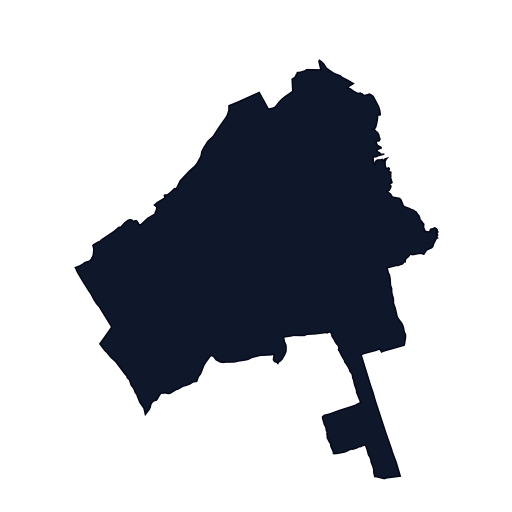 outline of Cretesti, Vaslui, Romania, rotated 8°
{"feature_id": "2599482B47452511342695", "entity_name": "Cretesti", "entity_type": "district", "adm_level": 2, "iso_a3": "ROU", "parent_name": "Romania", "parent_adm1": "Vaslui", "projection": "orthographic", "projection_center": [28.003, 46.636], "detail": "fine", "context": "isolated", "style": "filled", "palette": "ink", "viewbox_px": 512, "rotation_deg": 8, "n_neighbors": 0, "source": "geoboundaries", "source_scale": "gbopen_adm2", "svg_char_len": 6099}
<svg xmlns="http://www.w3.org/2000/svg" viewBox="0 0 512 512"><g transform="rotate(8 256 256)"><path d="M292.4,359.3L292.6,359.4L293.0,358.0L295.0,356.2L296.0,354.7L297.9,350.2L298.9,346.6L298.9,345.2L298.3,341.2L298.0,340.1L295.9,336.6L294.9,333.5L294.8,332.3L302.1,330.2L303.6,329.5L315.1,327.9L316.8,326.7L318.4,326.2L324.8,325.0L336.5,321.9L337.1,322.3L339.5,320.7L340.4,321.2L341.0,321.7L341.9,323.1L342.4,324.8L344.8,327.5L346.4,329.9L348.2,331.9L349.6,332.9L351.0,335.2L350.7,337.4L352.1,338.9L354.5,342.5L357.9,346.7L358.9,349.0L360.4,349.9L360.4,350.3L363.9,354.5L364.9,356.8L367.0,358.9L367.9,360.2L369.0,363.8L369.6,364.5L371.6,369.9L374.2,374.8L374.6,377.0L380.1,386.4L374.5,390.4L360.0,397.4L350.8,402.3L345.7,404.3L344.3,406.1L344.6,407.6L347.1,413.2L348.1,414.5L349.4,416.8L350.0,419.2L350.8,420.1L351.1,420.8L350.9,422.2L351.3,423.4L351.6,423.9L351.9,426.2L354.9,430.4L355.8,431.2L356.8,434.3L359.7,438.9L360.1,440.5L360.4,440.9L360.7,440.9L363.8,440.2L370.7,437.9L372.8,436.8L374.9,435.2L377.4,433.9L378.9,433.8L383.0,431.7L385.1,430.2L385.7,430.4L389.4,428.1L390.3,428.1L391.1,428.8L392.7,431.5L395.0,437.1L397.4,440.1L398.0,441.5L398.8,444.2L400.7,447.5L402.3,451.0L402.8,454.1L404.3,457.9L406.0,457.8L414.0,458.6L416.6,457.4L416.5,456.9L417.5,457.2L418.9,456.8L429.5,453.9L423.3,440.4L418.1,430.9L417.3,428.9L409.3,413.4L394.1,382.4L391.3,375.9L387.5,368.4L373.8,339.2L376.7,337.4L387.1,333.1L391.6,330.8L393.7,333.6L395.4,332.5L400.5,330.2L415.0,323.8L415.4,322.2L415.2,320.4L415.4,318.9L415.4,315.7L415.1,313.6L414.6,312.2L413.7,311.5L411.9,306.2L410.6,303.7L409.6,302.3L405.5,298.2L404.3,296.6L401.1,288.2L398.6,283.5L398.4,281.2L397.5,277.8L396.9,276.8L395.5,273.3L394.8,269.2L393.3,266.4L392.0,260.0L390.8,256.2L389.7,254.9L387.2,249.1L388.4,249.1L396.3,245.8L398.1,245.6L399.4,244.7L401.9,243.6L402.5,243.0L402.1,242.7L402.2,242.4L403.2,241.4L404.5,241.1L404.4,238.8L405.7,236.7L407.0,235.4L408.5,232.7L409.3,232.5L410.3,232.9L411.7,232.7L416.7,230.9L419.5,230.4L421.9,230.9L424.2,226.2L428.8,223.4L429.4,222.6L429.9,221.4L430.1,219.5L431.9,214.2L432.4,213.1L433.3,212.8L432.0,211.1L433.0,209.9L432.2,208.8L431.5,209.2L431.1,209.0L431.3,208.6L432.6,207.4L432.8,206.8L432.2,206.3L431.8,206.6L431.1,206.4L431.0,206.0L431.7,205.3L431.8,204.8L430.8,203.9L429.2,203.2L428.7,203.3L427.5,204.5L425.6,204.9L424.9,206.1L424.8,206.7L425.0,207.8L423.7,208.1L419.4,208.1L419.6,207.1L418.1,204.6L417.8,203.4L417.8,201.7L417.4,200.7L416.9,200.7L415.8,199.2L415.5,199.6L415.2,199.3L414.0,197.5L413.2,197.0L412.6,195.0L411.5,193.1L410.6,192.6L408.3,190.0L406.7,189.5L405.7,188.8L403.1,188.3L402.0,187.8L395.7,186.4L394.1,184.6L393.7,183.5L392.1,181.0L392.1,180.6L390.2,179.0L383.4,178.7L382.5,178.3L380.5,175.8L377.0,174.1L377.0,173.7L379.0,172.1L380.0,168.6L379.8,167.8L378.7,167.1L378.3,166.4L378.4,165.9L379.6,165.2L380.5,164.3L378.6,160.3L378.3,159.3L378.4,158.1L377.9,156.4L378.0,154.8L377.8,154.2L376.2,154.0L375.7,153.5L375.6,152.9L376.0,151.6L375.7,150.7L375.3,150.5L374.9,150.3L374.1,150.9L373.4,150.9L372.6,151.3L371.2,147.9L370.7,144.6L371.4,142.0L372.0,141.1L369.8,142.2L369.5,142.6L369.7,144.5L368.5,144.3L368.2,143.8L367.8,143.6L367.7,142.8L365.4,143.7L364.1,143.7L363.9,144.0L362.6,144.2L361.4,145.5L361.2,148.0L360.9,148.4L359.8,147.8L359.5,146.5L358.9,146.2L358.8,144.3L358.0,141.7L361.1,141.0L362.8,139.8L368.9,137.2L366.3,137.9L365.4,137.7L364.1,136.6L361.9,135.8L360.9,134.6L361.0,133.9L364.9,131.7L364.8,131.2L364.4,130.8L361.1,129.7L360.2,128.7L359.2,126.5L359.2,125.7L360.3,125.1L361.5,125.1L362.0,124.6L361.9,124.1L362.5,123.5L362.5,122.8L361.2,120.7L360.9,119.3L359.3,117.0L357.2,115.8L356.5,115.0L354.1,114.1L355.4,113.9L356.3,112.4L356.7,110.9L357.0,108.2L357.2,104.3L357.0,100.6L357.2,99.2L359.1,99.2L359.3,99.1L359.3,98.3L358.1,94.0L357.6,93.3L356.7,91.2L349.8,81.6L347.4,80.4L345.5,79.8L345.1,80.6L343.5,80.9L342.0,81.7L340.9,81.9L339.5,81.6L338.7,80.7L337.2,80.5L336.7,80.1L335.6,80.6L333.9,80.8L330.4,79.6L325.8,77.2L323.1,77.0L324.4,75.0L328.4,71.7L322.6,69.3L316.7,67.3L314.2,65.8L308.2,64.5L303.5,62.3L299.4,60.1L296.6,56.7L293.6,54.4L291.5,53.4L291.2,54.4L294.4,62.7L280.3,64.4L278.4,66.1L274.0,68.0L271.4,68.6L271.1,70.4L270.4,71.3L270.3,72.7L269.0,74.4L267.2,75.8L269.4,87.4L269.1,88.2L262.3,94.5L259.8,97.2L257.5,100.4L255.2,104.4L253.7,106.5L249.8,108.2L247.7,108.7L236.4,93.6L216.1,106.4L208.3,110.9L208.9,115.4L208.3,119.3L207.5,122.1L201.2,134.4L197.1,143.4L192.3,149.3L189.2,156.3L187.9,159.8L187.6,165.1L184.8,172.5L182.9,175.7L178.5,180.8L170.6,191.9L167.7,200.7L166.1,200.4L162.6,204.9L159.9,207.7L157.1,208.4L156.8,208.8L157.5,210.5L157.5,211.4L150.9,216.7L148.3,219.7L150.4,220.9L151.0,221.5L151.1,222.1L150.9,224.4L150.2,227.0L150.2,228.2L149.8,228.8L143.7,233.6L137.6,241.1L135.5,241.3L135.3,240.6L134.4,239.3L132.8,237.8L132.3,237.7L131.6,237.8L129.8,239.0L128.3,237.8L127.0,237.5L125.8,237.7L124.3,238.5L121.1,241.8L118.1,246.3L116.2,246.7L112.0,251.5L100.7,261.6L99.6,263.2L97.7,264.2L93.5,267.5L93.0,268.3L94.0,270.4L94.5,272.1L94.7,276.7L94.6,278.4L93.3,282.2L91.9,284.2L87.4,286.3L86.3,287.6L83.1,290.2L78.7,292.6L79.4,293.3L80.5,295.5L82.8,298.6L88.9,306.1L96.0,314.5L97.4,315.8L101.9,322.0L104.9,325.5L107.7,327.8L123.0,346.3L123.0,346.5L117.8,356.8L113.6,364.7L119.4,370.5L122.2,372.5L126.3,376.4L131.8,380.1L142.4,390.8L144.8,392.8L145.5,394.5L148.0,396.2L150.3,401.1L153.0,403.8L154.2,405.5L155.5,408.0L157.3,409.7L158.2,411.6L161.4,417.1L166.3,422.4L168.5,428.3L171.6,422.7L172.3,420.4L172.4,417.9L173.1,415.9L173.9,414.7L175.1,413.6L177.3,412.7L177.9,411.7L180.1,406.5L181.0,405.1L185.2,404.2L188.3,404.4L190.0,403.9L195.8,399.1L196.4,399.1L198.2,397.9L201.9,395.0L204.4,394.0L208.2,392.0L211.2,389.4L214.7,388.4L215.7,383.5L217.4,380.5L218.1,377.8L219.5,371.6L221.3,367.6L224.9,360.9L227.2,361.0L228.4,361.7L230.9,364.3L235.4,365.9L238.0,366.0L241.1,365.2L249.0,364.0L253.5,362.3L258.8,360.8L262.7,359.4L263.2,358.8L264.3,358.3L265.6,357.2L273.9,353.8L284.5,351.8L287.1,350.9L287.5,351.0L287.8,353.6L287.6,355.7L287.9,356.6L289.0,357.9L292.5,358.6L292.4,359.3Z" fill="#0f172a" stroke="#020617" stroke-width="1.5"/></g></svg>